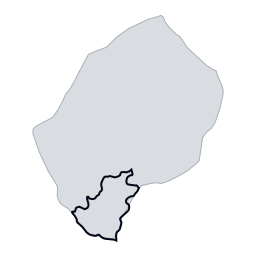 Quthing highlighted on a map of Lesotho
{"feature_id": "LSO-1205", "entity_name": "Quthing", "entity_type": "District", "adm_level": 1, "iso_a3": "LSO", "parent_name": "Lesotho", "parent_adm1": "", "projection": "equal_earth", "projection_center": [27.994, -30.33], "detail": "fine", "context": "in_parent", "style": "outline", "palette": "ink", "viewbox_px": 256, "rotation_deg": 0, "n_neighbors": 0, "source": "natural_earth", "source_scale": "10m", "svg_char_len": 2606}
<svg xmlns="http://www.w3.org/2000/svg" viewBox="0 0 256 256"><path d="M169.7,180.5L162.4,183.2L161.4,183.4L156.7,182.8L150.4,183.4L145.5,184.9L141.7,185.4L135.5,193.1L124.2,213.8L121.2,218.1L120.3,226.2L117.7,232.6L114.5,237.6L111.4,238.9L102.0,236.9L89.9,234.3L82.9,228.1L76.7,219.9L73.4,213.9L69.9,210.7L68.7,208.8L63.8,206.1L62.0,204.6L60.4,203.6L58.4,199.7L57.2,196.2L57.6,186.6L54.2,180.9L48.2,171.1L44.4,163.1L39.3,152.2L36.1,142.8L32.8,133.1L33.2,128.9L36.3,126.0L45.5,121.2L52.5,117.4L57.6,110.4L63.1,100.1L65.8,93.8L68.5,91.0L71.4,86.6L76.5,76.9L82.2,66.0L88.4,54.4L96.1,51.0L106.6,47.1L116.8,37.0L128.9,28.4L148.5,19.1L157.6,16.7L161.0,15.4L163.2,17.1L165.5,22.5L168.8,26.9L176.5,34.7L179.8,36.5L187.7,48.0L196.2,55.9L205.9,64.9L212.6,69.4L216.0,70.7L218.8,78.7L221.6,84.7L223.2,90.3L222.8,95.7L219.7,109.0L215.1,122.5L211.5,128.2L207.1,131.7L202.7,137.1L201.1,147.9L199.1,160.7L193.4,166.0L189.1,169.4L183.0,173.6L169.7,180.5Z" fill="#d9dde1" stroke="#a8b0b8" stroke-width="1"/><path d="M138.8,188.2L137.4,191.2L136.1,192.7L135.4,193.3L134.3,195.0L133.8,195.7L133.0,196.1L130.6,196.5L129.1,197.2L127.4,198.4L126.2,200.0L126.0,202.0L126.9,203.5L128.1,204.1L129.0,205.1L129.2,207.6L128.7,209.9L127.6,211.3L120.7,217.6L120.1,218.9L120.2,219.7L121.2,221.6L121.4,222.7L121.3,223.6L120.0,228.6L119.7,229.3L119.0,230.2L118.4,230.9L117.7,231.3L117.0,231.9L116.5,232.9L116.1,235.1L116.1,236.8L116.3,238.5L116.3,240.6L114.3,239.7L104.8,238.7L103.1,238.1L101.5,237.1L100.7,236.4L100.1,235.7L99.4,235.1L98.4,234.7L97.7,234.8L96.2,235.7L95.4,235.9L92.0,235.3L89.2,234.3L86.7,232.5L82.3,226.8L77.4,222.5L76.9,221.5L76.8,220.6L76.7,219.6L76.4,218.6L74.5,215.5L72.4,213.1L72.1,212.0L73.2,211.5L74.1,211.8L74.7,211.7L75.3,210.9L75.8,208.5L76.4,207.6L79.3,206.7L84.8,209.2L87.5,207.8L88.5,205.7L88.4,203.6L87.2,199.4L87.0,198.4L87.0,197.5L87.3,196.8L88.1,196.7L88.5,197.0L89.0,198.1L89.3,198.4L92.1,199.1L93.5,199.0L94.9,198.4L95.3,198.0L96.6,196.2L98.8,194.8L99.1,194.2L99.5,192.9L99.8,192.3L100.2,191.7L101.2,191.0L101.6,190.5L102.0,189.2L101.9,187.9L101.2,185.3L101.3,183.7L101.6,182.3L103.3,178.6L103.9,177.7L104.5,177.0L105.4,176.6L107.6,176.7L109.6,176.1L110.3,176.1L114.6,177.3L116.0,177.1L118.8,176.1L120.0,175.2L120.5,173.7L121.3,172.3L123.1,172.0L126.7,172.3L129.4,171.3L131.4,169.6L132.0,172.1L132.6,173.9L132.3,174.8L131.9,175.2L130.4,175.3L127.9,176.8L127.3,177.6L126.9,178.4L126.5,180.2L126.4,181.1L126.4,181.9L126.5,182.6L126.8,183.3L127.4,184.0L128.3,184.5L135.4,185.5L136.0,185.5L136.5,185.4L136.9,185.6L137.3,185.9L138.7,188.2L138.8,188.2Z" fill="none" stroke="#020617" stroke-width="2"/></svg>